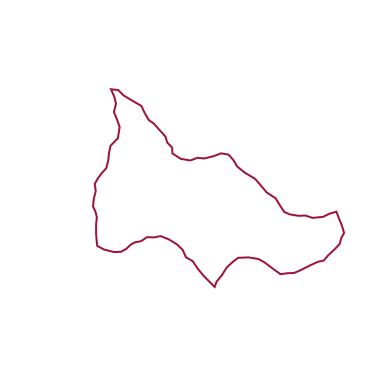 the district of São Francisco, São Paulo, Brazil, rotated 146°
{"feature_id": "56859067B66233126169739", "entity_name": "São Francisco", "entity_type": "district", "adm_level": 2, "iso_a3": "BRA", "parent_name": "Brazil", "parent_adm1": "São Paulo", "projection": "natural_earth1", "projection_center": [-50.676, -20.373], "detail": "fine", "context": "isolated", "style": "outline", "palette": "rose", "viewbox_px": 384, "rotation_deg": 146, "n_neighbors": 0, "source": "geoboundaries", "source_scale": "gbopen_adm2", "svg_char_len": 1350}
<svg xmlns="http://www.w3.org/2000/svg" viewBox="0 0 384 384"><g transform="rotate(146 192 192)"><path d="M300.7,200.3L297.1,193.5L290.4,186.0L284.5,182.2L278.6,181.6L272.3,182.6L267.4,182.2L261.7,179.7L254.5,179.7L248.9,175.6L242.8,173.1L237.8,165.9L233.8,157.1L232.1,149.2L233.5,141.3L230.1,134.3L230.1,125.3L229.3,116.0L226.3,100.6L221.6,104.0L213.1,106.6L205.4,110.0L197.1,111.3L190.5,111.6L181.7,106.2L174.4,99.3L171.3,93.3L168.3,84.5L164.6,74.4L157.8,71.0L152.7,67.8L146.6,66.6L134.9,65.1L126.6,63.7L121.1,61.5L114.4,63.4L106.2,64.7L98.7,66.3L94.0,70.4L88.9,72.9L86.5,80.2L85.0,87.7L83.3,94.9L90.0,97.1L97.2,98.1L106.5,103.1L111.3,109.2L116.9,112.6L123.3,118.6L126.7,123.9L126.6,131.1L126.2,140.0L130.3,149.8L131.3,158.9L132.3,167.5L137.6,179.0L140.3,187.9L139.8,195.1L140.8,202.5L146.3,207.8L154.3,209.7L163.4,213.1L168.1,217.2L175.8,219.1L182.7,225.7L186.7,234.9L183.6,240.0L184.9,246.8L183.0,252.8L184.3,261.7L185.4,269.9L187.6,275.8L187.0,284.0L185.9,291.7L188.3,296.7L191.9,304.2L194.8,310.6L196.1,317.7L201.7,322.5L203.2,314.3L205.6,307.7L212.0,302.0L213.6,294.1L215.7,286.3L223.4,278.0L233.6,275.9L238.9,270.9L243.4,265.4L249.7,259.7L256.4,258.1L262.2,256.0L268.1,253.1L271.3,246.6L277.1,241.4L282.2,235.3L283.0,229.8L285.1,224.1L289.6,218.8L294.7,211.2L297.6,206.2L300.7,200.3Z" fill="none" stroke="#9f1239" stroke-width="2"/></g></svg>